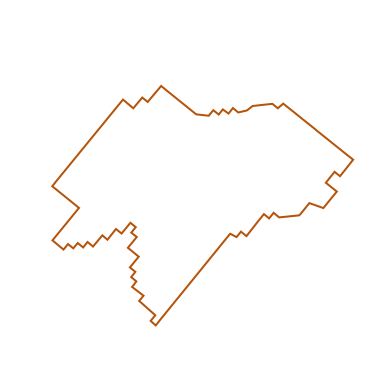 Washington, Oregon, United States of America (Albers equal-area conic projection), rotated 309°
{"feature_id": "52423323B3923941194406", "entity_name": "Washington", "entity_type": "district", "adm_level": 2, "iso_a3": "USA", "parent_name": "United States of America", "parent_adm1": "Oregon", "projection": "albers", "projection_center": [-123.085, 45.549], "detail": "fine", "context": "isolated", "style": "outline", "palette": "amber", "viewbox_px": 384, "rotation_deg": 309, "n_neighbors": 0, "source": "geoboundaries", "source_scale": "gbopen_adm2", "svg_char_len": 1150}
<svg xmlns="http://www.w3.org/2000/svg" viewBox="0 0 384 384"><g transform="rotate(309 192 192)"><path d="M276.2,304.2L283.5,304.3L283.4,290.2L297.4,290.1L297.4,297.1L318.5,296.9L318.4,289.0L318.3,263.6L318.3,262.6L318.2,251.3L318.3,247.8L318.3,245.3L318.2,231.2L318.2,220.7L318.2,219.9L318.1,212.9L318.1,211.7L318.1,207.3L311.1,206.0L311.1,199.0L304.1,192.0L297.0,185.0L290.0,183.4L282.9,177.9L283.0,171.0L275.9,171.0L275.6,164.0L269.0,164.0L269.0,157.1L261.8,157.0L255.0,146.4L254.9,108.1L255.0,101.3L234.1,100.9L234.1,93.9L220.1,93.7L220.4,80.2L115.6,79.7L108.5,79.8L108.5,114.2L66.6,114.0L66.4,128.4L73.5,128.4L73.5,135.2L80.4,135.3L80.4,142.3L87.4,142.3L87.3,149.4L101.9,149.6L101.7,156.3L115.4,156.2L115.4,163.4L129.3,163.5L129.3,170.4L122.2,170.4L122.3,177.4L108.3,177.3L108.2,191.3L94.3,191.2L94.3,198.2L87.6,198.3L87.5,205.0L80.5,205.2L80.9,219.6L74.1,219.5L73.1,241.0L65.8,241.0L65.5,247.8L72.7,247.7L183.3,247.9L183.6,248.0L185.0,255.0L192.0,255.0L192.0,262.1L209.6,261.8L220.1,261.8L220.0,268.6L227.2,268.5L227.1,275.7L241.2,289.9L243.0,290.2L257.2,290.2L262.2,304.2L276.2,304.2Z" fill="none" stroke="#b45309" stroke-width="2"/></g></svg>